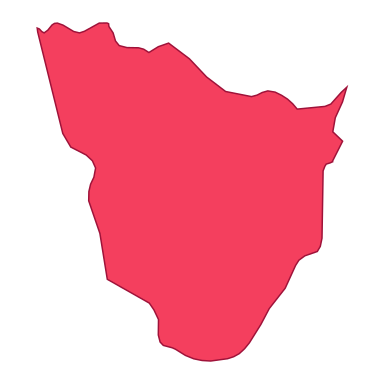 Annaba, Natural Earth projection
{"feature_id": "DZA-2163", "entity_name": "Annaba", "entity_type": "Province", "adm_level": 1, "iso_a3": "DZA", "parent_name": "Algeria", "parent_adm1": "", "projection": "natural_earth1", "projection_center": [7.527, 36.848], "detail": "fine", "context": "isolated", "style": "filled", "palette": "rose", "viewbox_px": 384, "rotation_deg": 0, "n_neighbors": 0, "source": "natural_earth", "source_scale": "10m", "svg_char_len": 1148}
<svg xmlns="http://www.w3.org/2000/svg" viewBox="0 0 384 384"><path d="M37.2,28.1L39.4,29.0L41.8,31.6L44.1,32.9L47.8,30.2L52.0,25.0L54.5,23.4L57.4,23.1L63.0,25.1L73.7,31.5L79.5,32.9L84.4,31.3L99.2,23.1L107.0,23.0L108.6,23.7L108.9,26.5L113.1,32.9L115.5,41.0L119.2,45.6L127.0,47.6L138.6,47.8L143.7,49.2L148.9,52.5L158.3,46.7L168.6,43.1L189.4,58.8L206.6,77.0L225.6,91.5L251.5,96.6L257.1,95.1L262.2,92.5L267.8,90.9L275.1,92.1L281.6,95.3L287.5,99.1L292.7,103.8L297.2,109.1L325.0,106.4L330.8,104.1L341.3,92.3L346.8,87.2L342.5,101.9L335.3,117.7L332.8,131.8L342.6,141.2L332.3,161.6L332.5,161.8L330.1,162.9L326.2,164.1L324.8,166.4L323.1,170.9L322.0,238.2L320.3,246.4L317.3,251.5L304.9,255.8L298.9,260.2L295.6,265.4L285.2,288.2L269.3,308.5L260.9,324.4L249.4,342.8L244.6,348.7L239.3,353.6L233.7,356.7L227.6,358.7L210.7,361.0L202.1,360.5L193.8,358.8L185.4,355.4L175.4,349.2L172.3,347.8L163.3,345.4L160.1,342.0L158.3,335.0L158.5,319.5L153.9,309.8L149.3,303.1L107.3,279.3L99.9,233.4L88.7,200.8L88.9,191.5L90.6,184.2L93.9,177.2L95.6,168.0L92.4,160.8L86.2,155.0L70.8,147.1L62.8,133.5L37.7,32.0L37.2,28.1Z" fill="#f43f5e" stroke="#9f1239" stroke-width="1.5"/></svg>